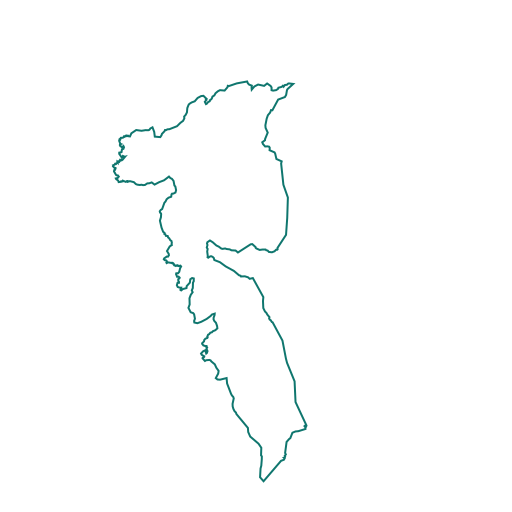 Afadzato South, Volta, Ghana, rotated 320°
{"feature_id": "2480657B45105521184723", "entity_name": "Afadzato South", "entity_type": "district", "adm_level": 2, "iso_a3": "GHA", "parent_name": "Ghana", "parent_adm1": "Volta", "projection": "albers", "projection_center": [0.395, 6.876], "detail": "fine", "context": "isolated", "style": "outline", "palette": "teal", "viewbox_px": 512, "rotation_deg": 320, "n_neighbors": 0, "source": "geoboundaries", "source_scale": "gbopen_adm2", "svg_char_len": 6079}
<svg xmlns="http://www.w3.org/2000/svg" viewBox="0 0 512 512"><g transform="rotate(320 256 256)"><path d="M198.5,106.5L198.3,107.3L198.9,109.6L198.3,111.1L200.3,112.4L200.8,112.1L201.7,113.1L202.4,112.7L203.9,115.5L205.2,115.6L205.8,116.0L205.4,116.7L207.5,117.6L209.9,120.9L210.2,123.7L210.9,125.0L212.5,126.8L214.2,127.9L215.0,129.1L216.6,130.2L219.4,130.5L221.0,131.7L223.4,132.6L224.2,136.1L229.3,137.2L234.2,138.9L240.4,139.2L240.5,141.3L241.2,142.8L241.1,145.5L238.8,149.6L238.9,150.9L237.1,154.2L235.1,155.6L232.8,155.1L231.8,154.3L230.9,154.5L229.1,156.1L226.5,155.1L224.0,155.1L221.7,156.1L220.1,156.3L214.3,159.7L212.6,159.5L211.0,159.9L210.4,161.1L210.6,162.3L210.3,162.9L208.1,165.2L205.1,167.2L201.9,173.5L200.4,177.8L200.8,179.4L200.0,180.2L200.5,181.0L199.9,182.6L201.2,183.9L200.6,185.3L200.9,186.7L200.5,188.8L200.9,190.1L200.1,191.7L198.9,192.7L198.6,193.5L196.1,193.2L191.0,195.0L190.5,198.3L189.7,199.5L188.1,199.9L187.4,199.1L184.2,198.8L183.3,199.2L183.4,200.5L184.3,201.5L184.4,202.4L184.2,203.0L183.2,203.3L183.0,204.0L184.6,204.4L186.6,206.8L187.4,207.2L187.7,207.8L187.2,207.9L187.9,209.3L187.4,209.9L187.4,210.7L187.9,210.8L188.1,212.0L189.5,212.3L189.4,212.9L190.1,213.1L190.2,213.9L190.9,214.2L191.1,214.8L191.9,214.9L191.9,215.9L190.0,216.6L187.0,218.8L185.2,219.1L183.8,218.0L183.1,218.5L182.2,221.2L183.4,222.0L183.6,223.5L183.0,223.9L181.5,223.8L180.3,225.4L180.4,226.2L179.8,227.0L178.5,226.2L176.6,227.5L176.1,229.4L177.2,231.2L178.4,232.2L177.1,233.2L176.3,233.4L176.3,233.6L176.6,234.3L178.7,234.3L182.1,235.9L183.6,234.5L188.2,233.9L190.7,231.6L192.9,231.8L193.9,233.2L192.1,235.3L190.6,235.9L187.0,239.9L184.7,241.1L184.2,243.0L181.1,243.8L177.9,245.6L174.0,250.5L170.9,252.3L169.8,257.1L171.2,259.4L171.1,260.9L168.9,264.8L166.8,266.0L166.0,267.3L167.9,269.8L171.7,271.2L177.7,272.5L182.7,272.8L184.6,272.5L187.3,273.6L186.3,274.6L183.9,276.0L182.8,277.2L182.3,278.9L182.4,281.4L181.2,284.6L179.9,286.6L177.1,286.7L174.6,285.9L173.2,286.1L171.7,285.4L169.9,285.8L168.7,285.5L166.8,286.5L166.8,287.1L166.0,287.5L164.1,286.8L162.3,287.1L161.3,288.0L158.7,288.2L158.3,288.6L158.2,290.7L159.5,292.6L160.9,293.7L159.4,293.3L159.7,294.7L158.4,295.3L157.7,297.7L156.1,298.7L155.2,298.7L156.5,295.6L154.3,295.0L151.2,295.4L150.9,296.8L151.9,299.6L151.4,300.0L149.7,299.7L149.3,300.0L149.4,303.6L150.8,303.8L153.4,305.6L154.1,306.7L154.0,308.0L154.8,312.5L153.8,316.1L153.5,320.0L151.4,321.8L146.7,323.7L147.1,325.8L148.9,327.6L155.0,330.6L151.9,335.1L148.3,345.5L147.9,347.4L148.0,349.3L147.4,350.8L143.0,354.2L141.4,356.3L140.4,358.6L139.8,361.1L140.0,363.0L139.4,364.5L139.3,382.5L136.9,385.8L135.5,390.6L137.3,401.4L136.8,406.3L131.7,412.0L131.7,413.2L129.8,415.4L125.3,420.0L122.9,421.7L116.9,428.1L117.0,433.4L143.5,429.0L146.4,430.0L147.9,429.4L147.7,428.4L148.8,428.7L149.6,428.2L149.7,427.5L151.3,427.2L151.7,425.6L159.9,418.1L163.6,417.5L165.2,417.6L170.3,414.8L173.5,415.8L175.8,417.4L182.7,420.3L183.7,419.0L183.8,417.5L184.3,417.5L184.2,418.4L184.7,418.9L185.7,418.3L192.4,393.3L205.0,376.8L211.1,357.8L213.0,353.8L221.9,337.8L226.1,317.5L225.7,316.7L226.0,314.5L225.6,313.6L225.9,312.3L227.0,311.5L227.0,308.1L227.4,306.3L227.2,304.3L228.1,300.6L232.4,295.0L235.2,292.2L235.9,288.6L239.4,270.9L236.5,269.4L236.2,267.2L234.4,264.4L231.3,262.0L231.5,261.2L230.6,259.8L229.5,253.3L226.1,244.5L224.4,237.6L221.5,232.3L222.4,230.3L222.2,228.8L221.6,227.5L220.8,226.9L218.3,226.6L218.1,225.8L219.0,225.1L221.5,221.2L223.5,219.5L223.7,217.9L225.9,216.4L226.5,214.9L227.6,214.2L230.7,214.5L231.7,217.7L232.4,222.5L233.5,224.9L234.2,228.0L234.9,229.0L237.2,230.4L238.0,231.8L240.1,234.0L240.9,235.9L243.9,238.7L244.4,241.7L259.4,243.6L260.8,244.5L261.4,248.9L261.0,249.6L261.1,250.4L262.7,253.7L265.1,255.2L267.5,257.2L267.5,258.1L268.4,259.3L268.5,261.2L270.6,263.4L273.2,264.3L275.5,264.1L276.2,264.8L276.8,264.8L277.7,263.6L292.6,259.1L304.3,247.0L318.0,231.7L322.8,219.0L334.7,201.3L336.5,200.0L334.0,194.8L336.5,189.9L336.8,188.5L334.4,183.7L336.1,181.9L336.3,180.7L335.3,179.4L333.4,178.0L333.3,174.7L333.9,172.9L337.3,173.1L338.2,172.2L344.3,169.0L345.7,164.0L347.2,161.9L352.4,157.7L355.6,155.8L359.0,155.2L361.3,153.9L362.2,154.9L373.5,150.4L380.3,152.8L382.6,152.0L386.4,148.8L387.5,148.4L395.1,148.1L392.2,145.0L391.4,144.6L389.7,144.7L388.1,143.6L386.2,144.0L386.4,143.3L386.1,142.8L384.5,143.0L381.3,141.5L380.3,142.1L378.1,141.9L375.4,140.3L374.5,139.0L376.3,136.8L376.5,135.1L375.4,131.0L371.6,130.9L367.8,126.0L363.7,125.1L359.7,125.8L360.8,124.2L362.3,122.8L360.9,120.3L360.8,118.4L361.4,116.6L352.2,111.4L344.5,108.4L343.8,107.5L342.6,108.4L338.3,109.1L335.0,105.8L332.7,105.3L329.6,105.3L327.3,106.2L325.1,105.9L323.7,106.8L322.5,107.2L321.1,107.0L320.0,107.7L318.2,107.3L316.1,107.7L315.3,107.5L315.9,105.0L318.2,104.6L318.3,103.6L318.7,103.3L319.1,103.5L318.7,99.5L316.7,98.2L312.9,97.4L308.5,98.1L305.4,97.0L303.4,96.7L301.9,96.7L300.5,97.4L298.5,98.5L295.4,101.6L292.8,102.7L290.6,103.0L289.6,104.5L287.0,105.6L283.7,105.4L278.9,105.8L271.2,103.2L269.5,102.0L268.1,101.8L267.3,101.0L266.2,101.6L262.4,102.0L261.2,102.8L259.1,103.4L255.2,99.5L257.8,95.5L259.4,90.9L257.1,90.4L255.4,90.8L254.3,90.4L252.3,88.6L248.8,86.5L245.2,82.5L239.4,81.9L236.3,83.4L235.3,82.3L235.4,81.8L234.7,81.5L234.6,80.9L234.1,81.1L233.6,80.8L233.5,80.1L232.6,79.9L232.0,80.2L231.6,79.5L230.9,79.9L230.0,79.8L228.4,78.6L227.1,79.4L226.9,78.8L226.4,78.8L225.8,79.7L225.2,79.8L224.2,82.8L224.5,83.4L223.5,83.1L223.0,83.5L222.7,84.7L223.6,86.0L223.1,86.3L223.2,86.8L225.1,86.6L224.8,87.8L223.3,88.7L221.8,88.2L219.7,90.0L217.8,89.0L217.6,89.6L216.9,89.8L216.5,94.1L217.5,94.7L218.4,93.9L218.9,94.8L218.7,95.5L219.4,95.8L215.6,96.5L214.7,96.4L214.7,95.5L212.7,95.8L212.9,95.2L212.0,95.5L211.3,94.9L211.1,95.6L210.5,95.0L210.2,95.4L210.2,94.8L209.7,95.3L208.8,95.5L208.1,95.1L207.8,95.4L207.3,94.8L206.6,95.2L205.0,94.7L205.0,95.1L204.1,95.4L204.2,97.2L205.0,98.3L204.8,98.6L203.5,99.3L203.2,98.9L202.6,99.1L201.6,99.9L200.9,103.9L201.2,104.7L202.0,105.5L201.9,107.0L200.1,107.3L198.5,106.5Z" fill="none" stroke="#0f766e" stroke-width="2"/></g></svg>